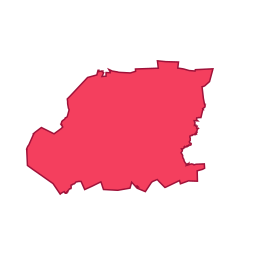 Ciudad del Maíz, San Luis Potosí, Mexico (Natural Earth projection), rotated 292°
{"feature_id": "50627088B28036330592327", "entity_name": "Ciudad del Maíz", "entity_type": "district", "adm_level": 2, "iso_a3": "MEX", "parent_name": "Mexico", "parent_adm1": "San Luis Potosí", "projection": "natural_earth1", "projection_center": [-99.716, 22.431], "detail": "fine", "context": "isolated", "style": "filled", "palette": "rose", "viewbox_px": 256, "rotation_deg": 292, "n_neighbors": 0, "source": "geoboundaries", "source_scale": "gbopen_adm2", "svg_char_len": 5068}
<svg xmlns="http://www.w3.org/2000/svg" viewBox="0 0 256 256"><g transform="rotate(292 128 128)"><path d="M170.3,78.6L165.5,79.2L159.7,71.6L135.7,62.3L132.2,60.8L130.1,62.0L127.8,63.0L124.1,65.3L122.8,66.6L115.9,67.4L114.9,67.1L114.7,66.8L114.4,66.7L114.2,66.5L114.2,66.3L114.1,66.2L113.8,66.0L113.5,66.1L113.1,66.1L112.8,66.0L112.6,65.9L112.4,65.9L112.0,65.7L111.8,65.5L111.6,65.4L111.4,65.3L111.2,65.2L110.8,65.0L110.7,64.9L110.5,64.6L110.3,64.5L110.1,64.6L109.7,64.5L109.5,64.3L109.1,64.2L108.3,64.3L106.9,64.4L106.3,65.2L106.1,64.7L104.5,67.1L102.5,66.3L94.9,61.6L96.0,47.5L89.3,43.5L87.1,42.4L87.0,42.8L86.6,42.7L84.9,42.7L75.6,42.4L74.7,42.3L74.2,42.1L72.9,41.9L70.3,41.9L70.1,42.2L70.0,42.4L69.8,42.3L55.6,48.8L54.0,55.2L48.4,79.3L41.3,89.9L42.5,90.5L45.1,92.6L44.0,94.2L44.3,94.9L44.6,94.8L44.7,95.3L45.0,95.2L45.3,95.7L46.0,95.3L46.3,95.8L46.5,96.1L47.1,95.7L48.0,96.0L48.6,96.3L49.2,96.4L49.8,96.6L50.2,97.6L50.5,97.8L52.1,97.4L52.9,96.8L53.9,96.7L54.1,96.9L54.4,97.5L55.2,98.1L55.7,98.2L56.0,98.9L56.2,99.2L58.6,100.1L59.4,101.5L60.0,102.3L60.6,103.8L60.9,104.5L54.7,110.9L60.5,116.4L67.9,123.0L66.1,124.7L63.9,126.5L61.8,128.3L66.4,141.8L73.0,152.4L79.1,151.7L76.5,157.2L77.2,157.5L77.7,158.4L77.1,159.7L76.3,158.3L76.2,158.4L76.0,158.2L75.6,159.1L75.5,167.9L83.4,169.5L84.8,169.8L85.2,169.9L86.0,170.0L86.9,170.4L87.7,170.9L88.8,172.0L91.2,174.4L89.9,177.1L86.7,184.5L87.1,185.0L98.6,195.5L95.9,197.5L102.0,204.3L102.0,205.0L104.7,212.3L114.2,208.2L117.6,212.6L119.4,214.1L123.3,212.2L119.9,204.7L118.6,203.0L118.7,202.9L118.7,202.7L118.7,202.4L118.8,202.2L118.7,201.9L118.7,201.7L118.6,200.7L118.4,200.2L118.2,199.9L118.0,199.6L117.8,199.4L117.6,199.2L116.3,197.6L117.0,197.8L117.5,197.9L118.0,197.7L117.7,197.6L117.5,197.1L117.2,197.0L117.1,196.8L116.9,196.5L116.5,196.3L116.2,196.2L116.1,195.9L115.9,195.9L115.6,195.8L115.9,195.7L116.3,195.4L116.6,195.2L116.8,194.9L116.9,194.7L117.0,194.5L117.3,193.8L117.5,193.6L117.7,193.3L118.0,193.0L118.2,192.7L118.4,192.5L118.7,192.3L118.9,192.1L119.3,191.8L119.7,191.6L119.9,191.4L120.1,191.2L120.5,190.4L120.9,190.2L121.2,189.9L121.7,189.5L122.0,189.3L122.3,189.2L122.8,189.1L123.0,188.9L123.3,188.7L123.5,188.3L123.8,188.1L124.0,187.9L124.1,187.6L124.3,187.4L124.4,187.1L124.6,186.8L124.9,186.5L125.2,186.4L125.5,186.5L126.1,186.8L126.5,186.8L126.9,186.9L127.6,186.8L127.7,186.7L127.9,186.6L128.0,186.4L128.1,186.2L128.4,185.7L128.7,185.3L128.9,185.6L129.0,185.6L129.2,186.2L129.2,186.3L129.2,186.6L129.3,186.7L129.4,186.8L129.6,187.0L129.8,187.2L130.0,187.2L130.3,187.3L130.4,187.2L130.7,187.2L130.8,187.2L130.9,187.3L131.2,187.2L131.3,187.6L131.5,187.4L131.4,187.4L131.5,187.3L131.7,187.5L131.8,187.8L132.1,188.1L132.1,188.5L132.4,189.2L132.5,189.5L132.8,189.4L132.9,189.5L133.0,189.5L133.3,189.6L133.3,189.4L133.5,189.4L133.5,189.5L133.4,189.7L133.4,189.8L133.4,190.0L133.5,190.0L133.8,190.3L134.0,190.3L134.0,190.6L133.9,190.7L133.9,190.8L134.0,190.9L134.3,190.8L134.6,190.8L134.9,190.7L135.1,190.8L135.2,191.1L135.2,191.5L135.2,191.8L135.4,192.1L135.6,192.4L135.8,192.5L136.0,192.7L136.7,192.6L136.9,192.5L137.1,192.4L137.3,192.3L137.3,191.9L137.4,191.5L137.4,191.3L137.2,191.0L137.8,190.3L138.2,190.0L138.5,190.0L139.0,190.2L139.4,190.2L139.6,190.3L140.0,190.3L140.5,190.0L140.8,189.9L141.2,189.8L141.7,189.6L141.8,189.5L142.0,189.5L142.2,189.1L142.4,189.0L142.5,188.8L142.7,188.7L143.2,188.5L143.6,188.5L143.9,188.5L144.1,189.1L144.3,189.2L144.7,189.4L144.7,189.5L145.1,189.9L145.2,190.2L145.4,190.1L145.5,190.1L145.7,190.3L145.9,190.5L146.1,190.7L146.2,191.0L146.3,191.0L146.8,192.1L146.8,192.3L147.1,192.9L148.0,192.3L148.2,192.6L148.2,192.9L148.1,193.0L148.1,193.7L149.8,192.8L150.0,193.0L149.9,193.2L150.0,193.5L150.7,193.1L151.5,192.9L152.0,192.9L152.5,192.8L152.9,192.6L153.1,192.6L153.5,193.1L154.0,193.5L154.1,193.3L153.8,192.8L153.8,192.5L153.7,192.2L153.6,191.6L153.9,191.5L154.5,191.5L154.9,191.4L155.5,191.4L155.2,190.8L155.2,190.5L155.4,190.4L155.3,190.1L155.5,190.1L156.1,189.8L156.0,189.6L155.9,189.2L155.7,188.8L155.5,188.6L155.9,188.5L156.2,188.4L156.5,188.4L156.9,188.3L157.1,188.3L157.4,188.3L157.5,188.2L157.9,188.2L158.0,188.1L158.2,187.9L158.4,187.6L158.5,187.4L159.0,187.1L159.6,186.6L160.8,190.0L161.4,188.4L163.1,187.9L163.5,188.7L163.7,189.1L164.1,189.4L164.2,190.0L164.5,190.4L164.5,190.7L164.8,191.2L165.0,191.7L172.9,190.5L173.2,191.0L173.9,190.0L174.3,190.3L174.6,190.5L175.0,190.7L175.4,190.8L175.6,191.2L175.8,191.3L176.3,191.4L177.0,191.3L177.7,191.1L178.1,190.6L178.4,190.3L178.6,190.2L178.9,190.4L178.9,189.9L183.7,186.8L194.0,181.2L194.8,182.4L195.9,183.4L201.6,186.2L214.7,184.6L207.3,168.6L205.9,168.8L205.7,168.0L204.2,163.2L203.6,157.7L203.3,156.1L202.2,151.7L208.1,150.1L204.3,139.9L203.7,138.3L201.3,130.1L194.8,133.7L185.5,112.8L183.4,113.8L179.9,109.5L176.1,98.4L176.1,97.6L174.9,92.0L175.1,88.3L173.7,90.1L173.7,90.3L172.6,90.8L171.2,86.9L167.8,88.2L166.0,84.6L170.2,84.7L170.5,83.1L171.3,83.3L171.1,82.5L170.9,82.1L170.6,81.8L170.4,81.4L169.8,80.3L169.6,79.9L169.4,79.7L170.6,79.4L170.3,78.6Z" fill="#f43f5e" stroke="#9f1239" stroke-width="1.5"/></g></svg>